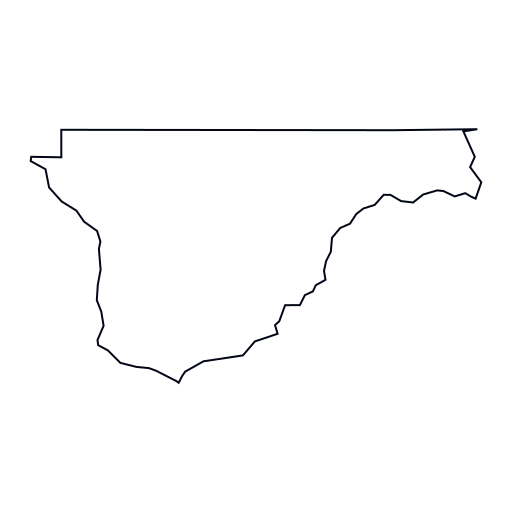 the district of Franklin, Washington, United States of America
{"feature_id": "52423323B26709103627724", "entity_name": "Franklin", "entity_type": "district", "adm_level": 2, "iso_a3": "USA", "parent_name": "United States of America", "parent_adm1": "Washington", "projection": "equal_earth", "projection_center": [-118.831, 46.466], "detail": "fine", "context": "isolated", "style": "outline", "palette": "ink", "viewbox_px": 512, "rotation_deg": 0, "n_neighbors": 0, "source": "geoboundaries", "source_scale": "gbopen_adm2", "svg_char_len": 916}
<svg xmlns="http://www.w3.org/2000/svg" viewBox="0 0 512 512"><path d="M178.7,382.8L182.2,375.9L185.2,371.6L203.5,361.3L242.9,355.4L254.9,341.4L277.6,333.8L275.0,325.1L279.3,321.2L285.1,305.2L299.9,305.1L304.9,295.1L312.9,291.4L315.8,285.2L325.5,279.8L324.0,270.8L326.1,261.1L330.8,251.8L332.0,237.8L340.3,227.9L350.0,223.7L356.3,214.0L363.4,208.5L374.7,204.9L383.7,194.8L390.5,194.9L401.1,201.1L413.1,202.5L423.2,194.5L437.2,190.4L443.3,191.0L454.7,196.4L465.3,193.2L471.0,196.6L475.6,198.7L481.3,182.3L470.1,167.1L474.8,156.8L463.4,131.4L477.3,129.2L393.5,130.2L61.3,129.8L61.3,157.3L31.2,156.8L30.7,161.1L45.5,169.2L49.1,187.5L61.8,201.6L76.4,210.6L84.1,221.7L97.1,231.0L100.4,241.5L98.9,248.9L100.6,269.7L97.8,284.8L96.8,300.2L101.3,311.7L103.6,325.8L97.5,340.0L98.2,345.2L107.9,350.4L120.4,362.9L136.4,366.9L148.9,368.1L156.0,370.7L176.6,381.2L178.7,382.8Z" fill="none" stroke="#020617" stroke-width="2"/></svg>